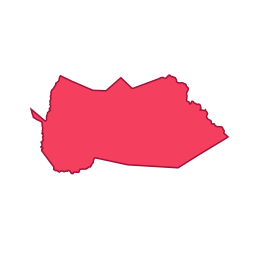 Baianópolis, Bahia, Brazil (orthographic projection), rotated 288°
{"feature_id": "56859067B57298755452364", "entity_name": "Baianópolis", "entity_type": "district", "adm_level": 2, "iso_a3": "BRA", "parent_name": "Brazil", "parent_adm1": "Bahia", "projection": "orthographic", "projection_center": [-44.418, -12.672], "detail": "fine", "context": "isolated", "style": "filled", "palette": "rose", "viewbox_px": 256, "rotation_deg": 288, "n_neighbors": 0, "source": "geoboundaries", "source_scale": "gbopen_adm2", "svg_char_len": 4259}
<svg xmlns="http://www.w3.org/2000/svg" viewBox="0 0 256 256"><g transform="rotate(288 128 128)"><path d="M156.8,47.7L156.0,47.4L154.9,47.3L153.7,47.4L152.7,47.5L151.9,47.5L151.0,47.3L150.1,46.9L149.2,46.2L148.5,45.6L147.9,45.6L147.3,45.8L146.5,45.8L145.7,45.6L144.9,45.4L143.9,45.1L143.2,45.0L142.5,44.9L141.6,44.4L140.8,43.9L139.9,43.8L138.9,43.6L138.1,43.7L137.4,44.0L136.4,44.3L135.8,44.6L135.1,44.4L134.3,44.4L133.3,44.8L132.7,45.5L131.7,45.6L130.7,45.5L130.0,45.5L129.3,45.4L128.7,45.9L128.0,46.3L127.0,46.6L126.2,46.5L125.6,47.0L125.1,47.5L124.5,47.9L123.7,48.0L123.1,47.6L122.3,47.2L121.7,47.3L121.3,48.0L120.7,48.7L120.3,48.2L119.7,48.1L119.5,47.5L118.6,47.3L117.7,46.8L116.8,47.0L116.1,47.0L115.3,47.0L114.5,46.9L113.5,47.0L112.8,47.3L112.0,47.5L111.3,48.0L110.1,47.9L109.4,47.5L109.1,46.8L115.9,30.1L114.9,30.7L114.0,31.4L112.9,31.9L112.1,32.5L111.2,33.1L110.4,34.0L109.3,34.3L108.8,34.9L108.7,35.7L108.5,36.5L108.3,37.2L108.1,37.9L107.8,39.0L107.8,40.3L107.6,41.1L107.4,42.2L107.4,43.5L106.8,44.1L106.2,44.7L105.3,45.2L104.2,45.4L103.7,45.8L102.9,46.1L102.2,46.7L101.1,47.0L100.0,47.3L98.8,47.4L98.3,47.7L97.3,47.9L96.9,48.7L96.1,48.8L96.0,48.2L95.3,49.0L94.7,49.7L93.9,50.1L93.2,49.5L92.2,50.0L91.3,50.4L90.7,51.0L89.8,51.1L89.2,50.5L88.5,50.7L87.9,49.8L87.2,50.0L86.7,50.8L85.8,51.3L84.7,51.5L83.7,51.6L83.3,51.0L82.6,51.3L82.5,52.0L82.5,53.2L81.6,53.2L80.6,52.6L79.7,53.0L70.4,66.1L69.9,66.8L69.0,68.1L68.1,69.4L65.6,70.3L65.1,72.3L65.3,73.0L65.6,73.6L65.5,74.2L65.1,74.9L65.0,75.6L64.9,76.4L66.2,77.2L66.7,78.1L66.7,79.0L66.8,79.7L66.6,80.6L67.2,81.4L67.6,82.1L68.0,82.9L68.2,83.8L69.1,84.1L69.2,84.9L69.0,85.7L68.9,86.5L68.3,87.0L67.6,87.6L67.4,88.4L67.3,89.0L67.7,89.8L68.4,89.8L69.0,90.1L69.5,90.7L69.8,91.7L70.0,92.7L70.3,93.8L70.6,94.6L71.2,95.0L72.0,95.1L73.0,94.8L73.7,95.1L74.1,95.8L74.7,96.5L74.9,97.1L75.0,97.8L75.2,98.6L75.6,99.3L75.8,100.1L76.1,101.0L76.9,101.3L77.4,102.1L78.4,102.5L79.0,103.2L79.3,104.2L80.1,104.4L80.8,104.6L81.8,104.9L82.5,104.7L83.1,104.9L83.7,105.3L84.3,105.6L85.2,105.5L85.8,105.3L86.5,105.2L87.6,105.0L88.4,105.4L89.5,106.0L92.9,138.9L93.4,140.9L93.8,142.4L105.6,187.9L123.6,202.9L145.7,222.0L148.9,224.7L150.5,225.9L150.7,225.3L151.0,224.5L151.6,223.5L152.0,222.7L152.3,221.7L152.7,220.8L153.5,220.6L154.2,220.6L154.9,220.4L155.6,219.8L156.1,219.2L156.5,218.5L157.4,218.0L157.9,217.2L157.9,216.4L157.8,215.4L157.3,213.8L156.9,212.8L156.9,211.9L157.0,210.7L157.5,209.8L158.2,209.2L158.6,208.6L158.3,207.9L157.9,206.9L158.0,206.1L158.8,205.7L159.9,205.2L160.4,204.7L160.8,203.7L160.9,202.7L161.0,201.8L161.5,200.7L162.2,200.0L162.7,199.3L163.4,199.1L164.0,199.0L164.8,199.2L165.5,199.3L166.4,199.1L167.0,198.6L167.5,198.0L167.9,197.5L168.3,196.9L168.6,196.3L169.2,196.0L168.3,195.4L168.0,194.6L168.0,193.4L168.0,192.4L167.6,191.8L167.3,191.2L168.2,191.0L169.1,191.2L169.8,191.0L170.4,190.7L171.1,190.3L171.8,189.9L172.3,189.2L172.6,188.1L172.4,187.3L172.0,186.8L171.7,185.8L172.3,184.8L172.1,183.5L172.5,182.7L172.9,182.3L173.3,181.7L173.3,181.0L173.0,180.4L172.2,180.2L171.0,180.2L170.4,180.1L170.0,179.6L170.7,178.7L171.4,178.2L171.7,177.5L171.6,176.8L171.7,175.9L172.6,175.1L173.5,174.8L174.9,174.7L175.8,174.4L176.7,174.2L177.7,173.7L178.3,173.3L179.5,173.0L180.6,172.9L181.3,173.1L182.0,173.3L182.8,173.4L183.5,173.3L184.2,173.2L184.7,172.8L185.2,171.7L185.5,170.9L186.2,170.4L186.8,170.1L187.5,169.4L187.6,168.3L187.3,167.6L187.7,167.0L187.8,166.3L187.7,165.5L187.6,164.7L187.3,164.1L186.7,163.4L186.7,162.5L186.6,161.8L186.5,161.2L186.7,160.4L187.5,159.8L188.2,159.4L188.8,159.2L189.4,158.6L189.8,158.0L190.3,157.5L190.6,156.4L190.2,155.4L190.6,154.7L190.6,154.1L190.2,153.6L190.6,152.7L191.0,151.7L191.1,150.9L190.4,150.3L189.7,149.9L189.0,149.5L188.2,149.3L187.3,148.8L186.9,148.1L186.7,147.3L186.7,146.6L186.9,145.9L186.7,145.1L186.4,144.4L185.8,143.5L184.2,141.9L179.2,135.6L168.0,121.5L167.5,120.8L167.0,119.5L173.6,105.7L173.0,105.3L172.2,104.9L171.7,104.5L171.0,104.1L169.8,103.4L169.0,102.9L168.2,102.5L167.1,101.8L166.2,101.2L165.4,100.8L164.9,100.5L164.0,100.0L163.0,99.4L162.0,98.8L161.3,98.4L160.8,98.0L160.1,97.7L159.2,97.1L158.2,96.5L157.6,96.2L156.6,95.5L153.0,83.0L153.1,81.8L155.1,60.0L155.5,57.5L155.7,55.6L156.8,47.7Z" fill="#f43f5e" stroke="#9f1239" stroke-width="1.5"/></g></svg>